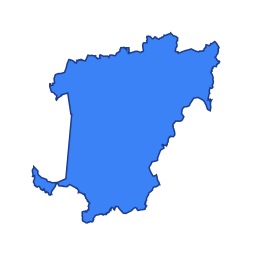 Arandas, Jalisco, Mexico (Equal Earth projection), rotated 352°
{"feature_id": "50627088B62957650950334", "entity_name": "Arandas", "entity_type": "district", "adm_level": 2, "iso_a3": "MEX", "parent_name": "Mexico", "parent_adm1": "Jalisco", "projection": "equal_earth", "projection_center": [-102.317, 20.749], "detail": "fine", "context": "isolated", "style": "filled", "palette": "blue", "viewbox_px": 256, "rotation_deg": 352, "n_neighbors": 0, "source": "geoboundaries", "source_scale": "gbopen_adm2", "svg_char_len": 5757}
<svg xmlns="http://www.w3.org/2000/svg" viewBox="0 0 256 256"><g transform="rotate(352 128 128)"><path d="M228.0,75.1L227.6,74.6L227.1,74.9L226.8,74.3L226.4,74.1L226.4,73.8L225.8,73.5L225.3,71.9L224.2,70.2L224.5,70.2L226.3,67.6L227.5,66.4L228.3,63.6L228.3,61.7L229.3,61.3L228.9,59.6L228.0,58.2L227.6,56.7L225.9,54.4L222.8,56.2L221.7,55.9L221.2,57.0L220.1,57.8L216.9,56.4L216.4,58.2L215.9,58.8L216.1,59.0L214.5,60.0L213.8,62.1L212.6,61.8L211.6,62.3L209.9,61.7L208.6,62.5L207.3,61.8L206.2,61.6L201.6,58.5L197.3,59.3L196.2,59.2L188.2,61.0L188.1,59.4L187.0,59.4L185.5,58.8L185.5,58.3L186.1,57.2L186.3,55.6L187.9,54.0L188.1,51.8L187.8,51.1L187.9,49.9L188.4,48.7L188.9,48.7L189.4,48.1L189.3,46.8L189.6,46.6L189.8,45.8L188.5,44.3L185.5,42.7L183.4,39.7L182.5,40.8L181.2,40.6L180.8,40.9L179.8,40.9L178.6,41.6L176.7,41.1L176.2,42.0L175.1,42.9L174.3,42.7L173.7,43.4L172.1,43.5L170.9,44.5L170.3,44.3L169.7,43.4L168.6,43.1L168.3,42.0L167.6,41.5L166.9,41.6L165.9,43.0L164.4,43.0L162.7,40.4L161.9,40.6L161.1,39.9L159.5,39.9L159.0,41.1L159.6,41.8L159.1,43.5L158.6,44.1L158.8,45.0L158.7,46.1L155.2,45.9L154.3,47.2L154.0,48.8L154.0,54.0L153.3,54.4L151.7,54.5L151.1,55.1L148.3,53.5L146.5,53.1L138.8,54.3L138.8,53.3L139.8,52.9L139.6,51.8L140.0,50.5L139.9,49.6L140.1,48.7L137.3,48.3L137.4,50.4L135.3,47.5L134.4,47.8L132.1,47.4L130.9,49.5L130.7,50.7L130.1,51.2L128.9,51.6L128.8,52.0L127.1,52.3L126.2,53.9L125.2,54.6L122.1,53.5L120.4,53.3L119.9,53.6L118.9,55.5L118.4,54.4L117.5,53.9L113.6,53.5L110.6,51.6L109.8,52.7L110.2,55.0L107.3,55.1L106.9,54.4L107.0,54.2L105.8,53.2L106.0,52.0L103.6,51.7L102.5,51.0L100.1,51.0L98.5,50.3L95.6,55.0L95.2,55.1L95.1,55.6L93.7,55.2L91.3,53.6L91.2,54.5L89.1,53.6L89.0,54.2L86.6,53.9L86.8,55.2L85.9,56.4L85.2,55.7L84.5,56.0L84.0,54.9L82.7,53.6L80.8,52.7L80.5,52.9L80.1,52.2L79.0,52.0L76.8,55.7L75.0,60.3L72.9,64.1L69.3,64.7L66.6,64.4L63.5,65.1L61.6,68.9L61.6,73.2L59.7,73.3L59.8,75.0L57.6,75.3L57.5,73.4L56.7,73.4L56.3,76.0L57.2,81.6L58.5,82.2L60.0,83.4L60.4,84.6L62.0,85.9L61.4,87.9L61.1,88.2L61.3,88.6L60.7,89.0L60.8,90.1L61.1,90.5L62.9,88.4L66.9,86.6L66.7,85.9L73.2,85.0L73.4,106.4L74.2,106.5L59.4,169.6L50.7,172.1L45.5,171.8L42.5,170.1L41.1,170.0L40.3,168.8L40.4,168.0L39.8,167.3L35.4,165.1L32.7,161.8L32.3,160.3L32.8,158.7L32.7,157.9L29.3,153.1L29.0,154.6L27.7,155.9L27.3,157.2L27.5,161.4L26.7,162.6L27.1,162.9L28.8,162.3L28.3,165.7L27.6,166.4L26.8,168.1L27.7,170.9L27.5,171.9L28.1,172.1L29.0,173.5L29.7,173.7L29.7,173.4L30.3,173.8L30.8,173.4L31.8,173.5L32.6,174.5L32.9,176.2L33.8,177.2L34.2,177.0L34.8,177.8L35.8,177.0L35.6,177.7L36.3,178.1L36.7,177.9L36.9,179.1L37.5,179.5L37.1,180.2L37.8,180.7L38.7,180.0L39.1,180.2L40.0,181.2L40.6,183.3L41.7,183.6L42.2,183.0L43.2,183.2L43.0,181.4L43.6,180.2L47.9,175.6L48.1,174.8L48.7,174.2L48.7,173.5L49.5,173.2L49.4,172.7L50.7,172.9L51.4,175.3L52.0,175.9L54.6,176.1L54.8,176.5L55.9,176.6L56.3,177.0L59.6,177.6L62.4,175.8L68.0,180.0L68.3,180.5L69.1,180.5L69.5,181.8L70.5,182.9L69.8,185.2L71.5,184.9L71.8,185.5L73.2,186.0L74.5,187.5L75.0,187.1L75.8,187.3L75.8,187.9L76.1,188.0L75.8,188.9L76.4,190.6L76.4,191.6L77.8,193.6L77.5,194.3L78.0,195.2L78.5,195.1L78.7,196.0L79.7,197.0L79.7,197.3L78.6,198.0L78.4,199.0L77.7,199.9L78.1,201.0L77.6,203.5L77.0,203.3L76.8,203.9L76.0,204.0L75.3,205.5L74.8,205.4L74.2,204.2L73.2,204.7L72.3,204.4L71.2,204.6L70.9,205.1L70.7,205.9L70.8,207.3L70.3,208.4L70.6,209.9L70.0,212.8L70.2,213.6L70.9,214.4L71.5,214.4L73.1,216.0L74.8,216.3L75.7,215.7L76.2,215.9L77.7,215.3L79.0,215.9L80.0,215.9L81.3,213.8L80.8,213.2L81.0,212.7L82.5,211.6L83.1,210.4L84.5,209.9L87.7,209.7L88.3,209.2L90.1,209.8L90.7,209.6L90.7,210.3L91.4,210.7L92.5,210.3L93.7,210.2L94.0,210.7L94.6,210.5L94.7,209.2L96.0,209.4L96.2,209.0L96.6,209.1L97.0,208.4L97.6,208.6L98.5,206.8L99.2,207.2L99.2,206.0L99.8,206.3L99.8,205.1L100.4,205.1L101.0,204.4L102.0,205.0L103.0,207.1L103.3,207.3L104.6,204.1L105.1,204.5L106.2,204.1L107.2,204.6L108.2,206.9L111.5,211.7L113.9,212.3L120.0,210.3L121.4,209.1L123.7,207.7L125.4,208.6L125.4,209.1L125.8,210.3L126.5,211.1L128.5,210.8L133.5,210.9L134.2,209.3L134.8,208.7L134.6,208.2L135.5,207.7L134.9,207.3L134.8,206.3L134.3,206.4L134.1,205.5L134.6,205.3L134.6,204.4L135.2,204.4L135.2,203.2L136.2,202.4L136.7,199.8L139.1,196.8L139.4,195.5L140.3,194.7L141.9,194.1L142.7,193.2L143.5,192.9L144.3,191.0L145.3,190.1L148.2,190.0L150.8,188.5L151.5,188.6L150.9,185.7L150.6,185.4L149.8,182.5L150.0,180.8L149.6,178.3L148.4,179.0L146.7,179.2L145.9,178.8L143.8,173.1L143.4,169.8L145.7,167.1L147.0,164.9L152.0,164.4L152.9,163.9L153.0,162.3L153.4,161.2L157.1,154.5L160.8,152.9L160.6,151.5L159.4,149.7L159.5,149.1L159.8,149.0L160.6,149.5L160.5,150.4L161.5,150.1L162.3,150.5L162.5,150.2L163.3,150.3L163.7,150.9L164.1,149.8L164.5,149.8L164.7,148.6L165.8,147.2L166.4,144.4L167.7,142.9L168.2,142.8L168.1,142.3L168.5,142.1L168.6,142.4L168.8,142.2L171.7,142.9L173.4,141.3L173.6,138.5L173.1,134.7L172.7,133.9L172.7,133.3L173.1,132.4L172.8,131.2L173.6,129.8L174.2,129.8L176.1,127.8L181.3,128.5L183.2,127.3L183.6,126.4L184.9,124.6L183.0,121.2L184.3,116.9L186.4,115.0L190.3,115.0L191.8,114.3L192.3,113.8L192.5,113.0L197.2,107.6L201.6,107.5L205.9,110.6L207.2,112.2L208.5,116.1L209.4,120.6L211.8,122.4L212.9,119.0L212.9,116.1L213.6,113.4L214.7,111.9L213.4,112.1L213.5,110.9L212.9,111.0L212.6,111.5L212.6,111.0L211.3,111.2L211.9,110.5L211.4,109.7L212.2,108.1L212.8,105.9L213.8,105.2L213.5,103.7L213.8,102.6L213.6,102.4L214.9,99.5L215.7,100.3L216.8,100.2L217.6,99.7L217.8,98.9L217.3,97.9L217.3,97.2L218.3,96.2L219.1,93.9L218.7,91.8L219.2,90.9L219.3,89.8L218.8,86.8L217.9,85.0L217.8,84.5L218.5,83.3L218.8,83.8L219.2,83.4L219.1,81.5L219.6,80.8L220.1,81.0L220.4,80.5L220.3,79.6L221.9,79.0L224.1,79.5L224.6,77.6L225.3,77.4L225.5,76.8L226.8,76.7L228.0,75.1Z" fill="#3b82f6" stroke="#1e3a8a" stroke-width="1.5"/></g></svg>